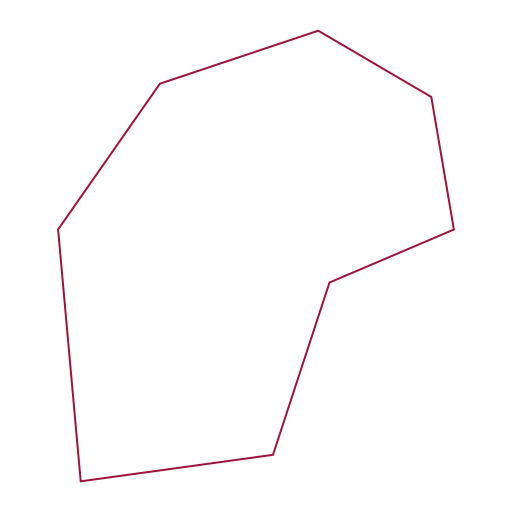 outline of Pateros
{"feature_id": "PHL-5559", "entity_name": "Pateros", "entity_type": "Independent Municipality", "adm_level": 1, "iso_a3": "PHL", "parent_name": "Philippines", "parent_adm1": "", "projection": "natural_earth1", "projection_center": [121.084, 14.542], "detail": "fine", "context": "isolated", "style": "outline", "palette": "rose", "viewbox_px": 512, "rotation_deg": 0, "n_neighbors": 0, "source": "natural_earth", "source_scale": "10m", "svg_char_len": 229}
<svg xmlns="http://www.w3.org/2000/svg" viewBox="0 0 512 512"><path d="M80.7,481.3L58.1,229.5L159.9,83.7L318.2,30.7L431.3,97.0L453.9,229.5L329.5,282.5L273.0,454.8L80.7,481.3Z" fill="none" stroke="#9f1239" stroke-width="2"/></svg>